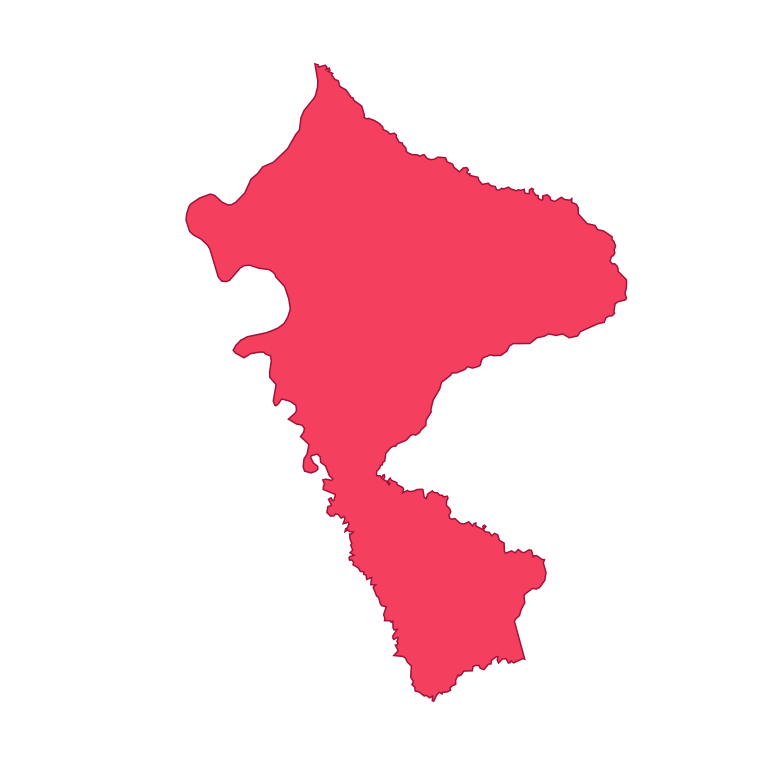 Carolina, Maranhão, Brazil (Robinson projection), rotated 10°
{"feature_id": "56859067B38321645183577", "entity_name": "Carolina", "entity_type": "district", "adm_level": 2, "iso_a3": "BRA", "parent_name": "Brazil", "parent_adm1": "Maranhão", "projection": "robinson", "projection_center": [-47.173, -7.453], "detail": "fine", "context": "isolated", "style": "filled", "palette": "rose", "viewbox_px": 768, "rotation_deg": 10, "n_neighbors": 0, "source": "geoboundaries", "source_scale": "gbopen_adm2", "svg_char_len": 6156}
<svg xmlns="http://www.w3.org/2000/svg" viewBox="0 0 768 768"><g transform="rotate(10 384 384)"><path d="M189.1,281.3L202.2,307.4L206.4,310.9L210.7,310.6L213.9,308.7L222.4,294.5L225.6,291.8L231.1,290.3L240.7,291.7L251.1,291.3L255.3,293.1L257.9,295.2L258.6,297.2L269.3,305.3L275.4,316.6L278.7,326.4L277.7,334.5L275.3,341.5L270.0,347.2L264.9,350.6L258.9,354.1L241.4,361.1L235.4,365.7L231.3,371.9L229.6,377.0L232.6,379.4L241.6,382.5L247.3,377.3L256.5,374.0L260.4,373.6L262.0,375.0L267.4,376.1L269.0,380.9L269.3,392.3L270.4,397.3L277.8,403.3L277.9,420.0L280.0,423.7L281.2,424.2L283.3,422.1L285.8,416.5L294.6,417.3L301.0,420.4L302.4,425.2L301.7,427.9L295.9,435.2L304.7,438.6L310.3,438.7L313.3,441.4L313.3,445.4L310.9,450.3L320.6,456.6L320.4,466.5L318.3,471.3L318.3,474.0L318.8,479.7L320.9,483.6L327.5,484.3L331.7,481.9L333.7,479.3L332.9,476.6L328.1,473.9L324.6,469.2L324.7,467.4L330.3,464.6L333.7,466.7L335.2,472.1L340.7,474.9L346.1,483.8L350.0,486.3L349.2,488.0L343.4,487.8L340.4,489.0L342.8,493.2L342.1,494.8L342.4,498.4L355.3,501.2L354.9,507.3L353.7,507.9L351.7,505.2L349.3,507.2L353.4,512.5L350.0,514.5L350.1,520.5L354.3,523.4L357.7,522.5L358.8,520.2L361.8,520.5L365.2,523.6L367.6,521.4L369.0,523.3L368.0,528.7L372.8,526.4L373.9,527.9L372.8,532.1L371.4,533.2L371.2,536.2L373.6,533.9L375.6,535.4L379.6,535.1L377.8,537.4L376.2,537.7L377.4,542.3L380.0,546.8L379.2,548.5L382.0,553.0L379.9,556.1L384.2,557.8L380.0,560.2L379.9,562.0L380.8,563.5L383.0,562.9L385.0,564.8L384.8,567.4L390.5,569.5L393.2,572.7L396.7,572.5L397.0,574.9L399.6,575.4L400.9,579.5L405.4,576.8L405.8,584.0L410.7,583.3L408.6,586.1L413.5,594.0L415.8,595.2L418.9,601.6L420.6,602.8L424.9,602.9L423.7,611.3L425.6,614.7L425.6,617.0L431.1,616.1L432.3,617.4L433.9,616.1L435.3,622.7L436.7,624.5L439.7,623.3L436.5,630.3L436.9,632.7L438.0,633.9L441.2,631.2L442.3,631.9L441.3,635.2L442.7,636.5L442.5,638.4L440.5,639.2L444.3,644.2L440.8,649.7L449.9,649.0L452.7,650.2L455.3,653.8L459.9,657.0L461.2,668.1L464.7,672.1L463.7,675.2L467.0,677.2L468.0,680.9L472.3,681.3L477.8,684.3L479.5,683.3L483.5,685.1L485.9,683.0L486.6,687.5L488.1,687.7L489.7,681.6L491.9,678.0L495.0,679.2L495.1,677.6L499.4,676.4L502.7,674.0L501.7,672.0L503.8,669.1L506.8,667.4L506.0,663.0L507.5,657.8L508.6,658.5L510.6,657.0L512.4,652.9L520.7,651.1L520.7,646.8L522.9,645.3L526.4,644.7L528.1,647.2L532.1,647.9L535.5,641.8L538.0,641.1L537.7,637.6L542.3,632.8L543.8,632.9L543.3,635.8L545.2,638.9L548.4,634.2L551.9,633.4L554.9,637.2L556.6,636.5L557.1,634.6L560.1,636.1L568.4,630.3L570.4,630.6L553.7,595.2L554.1,593.1L557.6,588.5L558.2,582.5L560.6,575.1L558.7,568.4L559.2,566.6L565.6,559.6L569.7,559.4L572.6,557.3L576.4,549.6L576.3,541.5L572.0,532.7L572.5,529.1L570.1,529.4L564.2,526.5L562.2,526.9L561.0,528.4L558.1,522.2L555.5,522.2L551.4,525.7L549.2,525.8L544.9,523.7L542.4,527.5L538.6,526.2L533.0,529.6L531.5,527.5L529.9,519.8L524.8,518.0L522.3,512.9L518.8,511.9L516.5,514.8L513.2,511.7L509.5,512.1L507.2,510.2L499.2,508.0L498.6,504.9L496.9,505.8L496.0,508.4L491.4,505.0L487.1,508.0L483.3,508.0L477.1,504.2L474.2,505.4L472.2,504.9L470.7,502.2L472.0,498.3L470.2,495.3L466.6,492.7L465.9,488.3L466.9,485.3L465.8,483.5L462.3,484.8L460.7,483.4L458.1,483.9L455.8,481.9L451.9,482.2L450.2,480.9L446.1,484.7L445.5,489.5L443.3,488.7L440.6,481.2L439.0,481.2L434.8,482.2L431.4,484.6L427.1,485.5L425.6,484.7L421.3,487.9L421.5,484.0L420.3,482.6L414.4,480.9L413.7,478.8L407.9,477.6L406.4,475.6L404.4,479.1L407.1,481.1L406.5,482.5L403.0,479.1L399.7,478.1L400.9,475.7L400.1,473.3L398.9,473.8L397.9,477.0L396.1,475.0L392.7,475.6L391.9,471.3L394.4,467.4L394.7,464.6L396.2,464.1L396.6,460.9L398.1,460.0L397.8,452.1L401.8,445.3L404.5,443.3L406.2,443.4L407.5,440.7L415.6,435.5L419.2,429.9L421.8,428.5L424.1,428.8L427.5,425.5L428.2,423.2L432.4,417.5L431.7,412.5L435.3,403.4L434.6,400.9L435.2,391.2L439.7,379.4L440.3,372.4L448.2,363.7L448.8,361.4L453.4,360.4L461.2,355.6L463.3,352.4L468.3,353.0L473.8,350.3L475.5,348.7L476.0,343.3L477.2,340.8L484.0,336.7L486.8,337.1L494.1,335.5L499.3,330.3L500.9,324.8L504.1,321.8L520.6,318.8L526.6,311.9L533.4,309.2L537.6,306.0L544.9,306.3L551.4,303.7L558.4,306.3L566.2,303.1L568.3,298.3L584.2,287.5L590.2,285.0L591.0,280.3L593.7,278.0L596.8,277.2L598.8,274.3L597.8,272.7L597.7,264.9L600.1,262.4L607.2,259.2L607.9,257.4L605.6,252.9L606.0,247.2L605.1,241.0L604.6,239.2L594.6,232.1L594.7,230.3L593.1,227.4L590.2,225.5L588.2,226.1L585.3,223.9L585.8,218.9L587.5,217.8L588.6,214.9L587.4,212.1L588.1,207.8L585.6,203.7L583.5,202.2L583.0,199.3L573.5,195.1L567.5,194.9L564.3,191.2L556.2,190.8L545.8,182.7L544.6,176.6L542.1,173.6L537.4,172.6L536.7,168.8L535.3,170.7L529.8,170.9L526.2,169.3L520.6,174.5L516.4,174.0L514.9,171.1L511.8,169.3L507.7,171.2L508.3,174.8L507.3,175.7L503.7,174.4L503.1,171.6L500.8,171.8L497.0,168.3L497.3,166.3L495.4,165.7L493.5,167.7L494.0,171.3L489.7,171.7L488.3,167.9L485.0,169.6L482.5,169.3L481.0,170.7L474.9,169.9L472.4,168.5L467.9,171.2L465.8,170.8L463.8,173.1L461.0,173.1L459.4,170.2L454.8,170.2L451.8,168.2L446.1,170.4L442.1,167.1L440.7,164.1L432.2,163.7L432.1,162.0L429.6,162.3L428.8,161.0L430.0,158.6L427.9,156.5L424.5,157.5L421.4,162.0L415.2,158.4L413.4,155.6L407.7,154.3L405.2,150.5L397.8,151.2L394.7,153.8L391.3,154.9L387.3,154.4L383.5,151.1L379.3,153.5L377.6,152.5L371.8,153.2L367.4,152.2L365.6,151.1L364.5,147.7L360.9,145.2L360.2,143.5L356.9,143.3L353.0,138.4L352.9,136.7L350.7,135.2L346.3,136.9L343.7,134.8L338.9,133.5L338.1,131.0L334.2,128.3L329.2,126.3L322.6,125.0L321.0,125.9L317.7,124.7L318.1,122.9L313.8,114.2L305.0,109.9L303.9,107.7L301.8,107.4L295.7,101.1L288.8,98.6L286.4,93.4L282.6,92.5L278.6,88.5L279.5,87.0L274.7,85.9L276.3,84.6L275.3,82.4L272.3,84.3L272.8,81.9L270.8,80.3L264.3,83.3L264.0,81.3L260.4,80.7L266.1,96.7L267.0,103.0L266.5,111.1L265.8,114.0L257.8,128.4L256.0,136.2L256.6,148.6L253.7,153.8L248.1,169.3L236.6,184.8L226.8,191.3L223.0,198.8L217.6,205.1L213.7,220.1L206.3,231.0L202.4,234.0L199.3,234.8L192.9,233.0L184.6,227.7L180.0,227.1L170.2,232.8L162.4,240.3L161.2,242.9L160.1,250.7L160.6,257.0L166.1,267.5L170.7,270.4L178.6,273.0L186.0,277.8L189.1,281.3ZM507.2,510.2L509.1,506.6L507.4,505.6L506.0,507.0L507.2,510.2Z" fill="#f43f5e" stroke="#9f1239" stroke-width="1.5"/></g></svg>